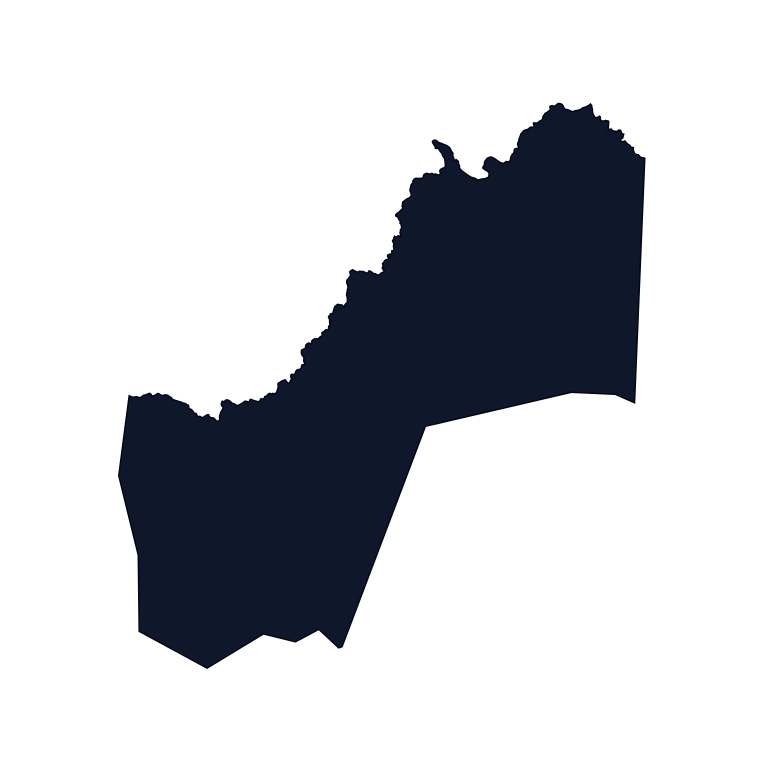 Tambura, Western Equatoria, South Sudan, rotated 98°
{"feature_id": "79223893B47853667167464", "entity_name": "Tambura", "entity_type": "district", "adm_level": 2, "iso_a3": "SSD", "parent_name": "South Sudan", "parent_adm1": "Western Equatoria", "projection": "mercator", "projection_center": [26.783, 6.031], "detail": "fine", "context": "isolated", "style": "filled", "palette": "ink", "viewbox_px": 768, "rotation_deg": 98, "n_neighbors": 0, "source": "geoboundaries", "source_scale": "gbopen_adm2", "svg_char_len": 6110}
<svg xmlns="http://www.w3.org/2000/svg" viewBox="0 0 768 768"><g transform="rotate(98 384 384)"><path d="M367.7,133.3L124.1,157.2L123.9,161.3L121.6,164.0L121.6,166.2L121.2,167.6L119.2,168.9L117.2,169.8L115.2,170.0L115.2,172.5L113.8,173.4L113.1,174.5L112.9,175.2L112.2,176.5L109.8,179.4L110.4,180.1L110.9,182.3L110.6,183.4L108.8,183.6L107.1,181.8L103.2,181.4L103.2,182.5L102.5,183.6L99.9,185.0L99.8,186.8L100.7,187.6L101.6,188.8L101.4,193.2L100.1,194.1L99.9,195.0L101.4,197.2L96.1,197.8L93.5,197.8L92.4,198.4L92.2,201.4L93.0,202.8L93.2,204.6L92.7,206.0L91.2,206.7L89.4,207.0L88.8,207.9L90.5,210.0L90.9,211.8L89.6,213.1L87.6,214.5L85.5,215.5L83.0,215.8L81.7,216.5L79.1,217.2L78.0,218.6L79.5,219.8L81.8,223.2L82.8,225.6L84.4,227.0L86.4,230.9L86.4,231.8L88.2,235.4L87.0,239.3L86.7,242.8L85.6,244.2L83.8,245.2L82.6,246.4L82.0,247.6L81.8,250.0L82.6,251.3L85.2,253.5L85.1,256.1L85.4,257.6L86.1,258.3L87.2,258.1L88.5,257.6L89.6,257.6L92.8,260.9L93.5,262.0L96.9,263.7L99.9,263.9L101.0,264.9L102.1,266.5L103.8,268.0L104.5,269.4L104.5,270.9L104.8,272.3L105.8,272.2L107.3,271.1L109.0,272.1L109.1,274.2L110.2,275.6L111.8,277.0L112.6,278.9L113.7,280.9L115.8,282.1L117.0,283.1L122.5,284.3L125.2,284.4L126.5,285.0L128.4,285.0L131.2,283.5L132.2,284.4L132.3,285.8L133.4,287.4L134.8,287.6L136.1,287.5L137.8,288.0L139.0,289.1L141.9,290.0L145.0,290.1L146.8,291.3L146.7,294.1L148.4,295.6L149.1,296.9L148.3,300.2L145.4,305.9L144.5,308.5L144.4,309.6L144.7,311.2L145.5,311.6L146.1,313.4L147.2,313.4L148.0,314.4L150.0,315.2L153.7,315.2L155.0,316.1L156.3,316.2L157.2,315.0L159.2,310.5L160.8,309.2L162.7,309.1L164.5,309.2L166.6,312.4L167.3,315.2L168.0,317.3L168.8,318.8L168.8,320.1L167.7,322.3L167.1,326.5L165.6,330.0L162.2,336.4L159.8,339.3L157.8,339.5L155.6,340.8L153.3,341.3L151.8,343.7L153.0,345.8L150.5,346.4L149.0,347.5L147.6,347.8L146.0,347.8L143.2,350.3L141.6,351.2L140.3,352.7L138.9,355.7L138.6,357.9L137.8,360.1L137.7,361.4L137.0,364.0L135.4,366.4L135.4,367.4L135.8,368.8L137.1,369.8L138.5,369.2L142.1,366.2L143.5,365.8L143.5,364.7L142.9,364.0L143.1,363.3L144.5,361.7L146.1,360.6L147.2,359.0L150.5,357.1L151.8,355.8L153.1,355.1L157.6,353.9L159.4,353.6L160.9,353.7L162.9,357.0L163.9,358.0L165.4,358.5L166.8,357.6L168.4,357.6L169.5,358.8L169.6,359.5L169.2,360.6L168.9,362.5L169.6,363.8L168.7,365.9L169.6,366.7L169.7,369.5L169.4,371.1L170.8,373.3L171.9,373.9L173.8,373.9L174.7,374.5L175.2,375.2L175.2,376.8L175.8,378.4L175.7,380.4L176.2,381.8L177.3,382.8L179.0,383.6L180.7,383.6L182.7,384.7L184.1,385.0L188.7,385.3L191.4,383.8L193.1,383.3L194.1,383.3L195.6,384.4L196.6,385.5L197.5,387.0L201.1,390.7L202.6,390.8L204.0,390.6L205.3,390.9L206.7,389.9L207.7,389.8L208.8,390.9L211.3,392.7L213.5,395.1L215.0,395.9L216.1,395.6L216.6,393.7L219.5,391.8L219.9,390.8L222.7,390.4L223.0,389.6L223.9,389.2L227.4,388.1L228.6,389.1L230.3,389.0L231.5,389.2L232.6,389.0L233.8,388.3L235.6,388.1L235.2,390.6L236.7,392.0L237.0,393.0L236.2,394.1L238.1,394.6L239.0,394.5L240.9,395.5L242.1,395.0L242.5,394.2L243.8,393.9L246.7,393.7L248.5,393.2L249.6,392.5L250.7,393.2L250.9,394.7L252.2,394.9L253.1,394.0L254.3,394.8L254.7,396.6L255.8,398.2L256.8,398.4L257.8,397.8L259.0,396.5L260.0,397.0L260.1,398.1L260.7,399.3L261.7,400.4L262.7,400.7L263.8,401.5L265.1,402.2L267.0,401.3L268.4,401.8L269.5,401.8L271.3,400.4L271.9,399.6L272.8,399.4L273.7,401.1L274.8,402.5L276.1,403.5L276.9,404.7L276.8,406.2L276.1,407.8L275.9,410.2L274.6,412.3L274.1,413.4L274.1,414.6L276.5,415.5L276.5,416.6L275.5,420.7L275.9,424.3L276.8,425.3L276.8,426.8L276.3,427.7L276.0,429.3L275.2,431.0L277.2,433.4L278.2,433.3L280.6,432.4L282.1,432.4L283.2,433.3L284.5,433.9L286.0,435.0L287.4,435.3L288.1,435.0L289.5,435.0L290.7,433.8L294.1,433.0L295.4,433.4L297.4,433.3L299.3,433.5L301.8,433.3L302.6,432.7L306.3,431.8L308.6,431.8L310.0,433.2L311.3,433.8L312.7,433.8L313.2,434.6L311.7,436.2L311.6,441.1L314.4,443.6L319.1,444.3L320.9,444.2L322.1,446.9L323.2,446.9L324.5,448.1L325.4,448.3L327.8,446.8L331.3,446.3L333.0,445.6L334.5,446.8L337.8,446.6L338.3,447.5L338.3,448.9L338.9,449.7L340.2,450.5L341.6,452.5L342.8,452.5L344.4,451.8L345.4,452.4L345.9,453.6L348.0,455.0L348.5,456.3L348.5,457.3L349.4,458.2L348.9,459.2L349.6,459.7L350.2,460.6L351.1,461.4L354.5,461.3L354.4,462.3L353.9,463.3L353.9,464.2L354.7,465.5L355.5,466.3L356.2,466.7L357.6,466.9L359.0,466.7L359.8,467.1L361.4,469.7L362.1,470.4L364.5,470.2L365.8,469.8L367.3,468.7L367.7,467.9L368.6,467.4L370.2,466.6L370.9,466.8L372.1,466.8L373.1,466.4L374.9,465.0L375.5,465.4L376.6,467.9L378.4,468.2L379.7,468.0L381.7,470.1L381.7,471.3L382.5,472.3L383.8,473.1L386.3,473.6L387.4,474.7L387.2,476.8L387.9,477.4L390.3,477.2L391.5,476.2L395.0,477.4L396.5,478.3L396.5,479.4L393.6,482.5L395.5,486.0L396.8,487.0L397.2,488.0L398.1,489.0L399.1,489.0L399.9,488.6L403.2,488.4L404.0,488.7L406.1,488.9L407.8,489.5L408.8,490.5L408.8,492.8L409.6,494.1L409.6,494.6L409.1,495.5L409.6,496.6L410.7,497.7L412.2,498.5L413.1,500.4L414.1,500.4L415.5,501.1L415.9,502.4L415.5,503.6L418.7,505.1L419.1,506.4L418.7,508.5L418.7,510.2L418.3,511.3L418.3,512.2L417.8,512.8L417.8,514.0L418.7,514.7L420.1,514.7L420.6,515.8L420.3,518.5L420.6,519.6L422.1,520.9L425.3,525.2L425.9,526.5L424.4,529.8L424.1,532.0L422.4,534.1L421.7,536.0L421.5,537.4L422.5,539.1L423.9,538.8L423.9,539.9L423.5,541.7L425.0,542.3L427.1,542.3L428.1,541.8L429.0,540.2L430.9,540.1L434.7,541.7L438.0,542.3L439.3,542.3L440.9,541.8L442.6,541.8L444.0,543.3L443.9,544.9L443.0,545.8L441.4,547.9L441.4,551.1L440.6,552.3L438.8,553.5L439.1,554.8L442.5,558.8L442.5,560.0L441.8,561.5L441.7,562.4L442.6,563.9L439.5,565.7L439.3,567.8L437.2,569.7L436.0,571.4L435.5,573.9L433.5,574.1L432.1,575.0L432.1,576.3L431.5,576.9L430.9,578.4L430.9,579.9L430.1,583.1L428.9,590.9L427.0,592.9L426.6,594.4L425.2,596.6L425.2,599.0L426.2,601.8L426.2,603.3L425.1,605.3L424.9,606.8L426.7,608.8L428.0,610.9L428.0,612.3L426.4,613.5L425.8,614.8L428.1,618.8L428.5,620.4L430.7,622.5L431.6,624.3L431.0,627.2L432.1,630.9L431.1,634.7L511.7,633.9L587.8,603.5L663.0,592.0L690.0,519.7L648.3,468.7L651.6,435.8L636.0,414.4L651.6,392.2L650.0,389.0L420.1,337.1L366.1,197.2L362.0,153.5L367.7,133.3Z" fill="#0f172a" stroke="#020617" stroke-width="1.5"/></g></svg>